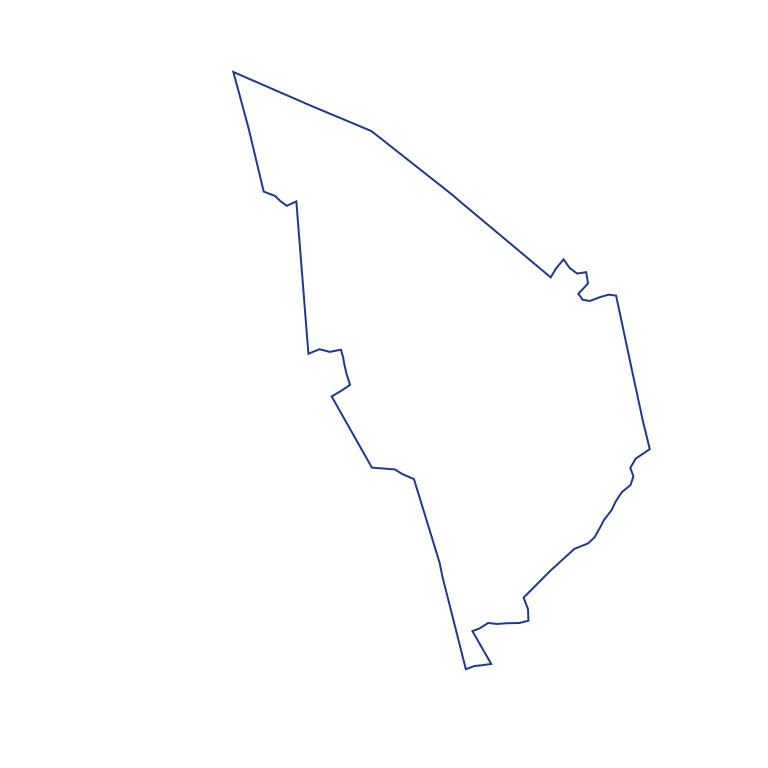 the district of Boquim, Sergipe, Brazil, rotated 295°
{"feature_id": "56859067B73188427981672", "entity_name": "Boquim", "entity_type": "district", "adm_level": 2, "iso_a3": "BRA", "parent_name": "Brazil", "parent_adm1": "Sergipe", "projection": "mercator", "projection_center": [-37.611, -11.099], "detail": "fine", "context": "isolated", "style": "outline", "palette": "blue", "viewbox_px": 768, "rotation_deg": 295, "n_neighbors": 0, "source": "geoboundaries", "source_scale": "gbopen_adm2", "svg_char_len": 1042}
<svg xmlns="http://www.w3.org/2000/svg" viewBox="0 0 768 768"><g transform="rotate(295 384 384)"><path d="M562.2,557.0L559.9,549.8L553.4,542.4L546.3,535.6L544.3,528.4L547.9,522.0L561.4,526.4L570.8,519.9L565.7,512.3L567.6,503.3L572.8,494.1L562.0,491.2L551.1,490.0L581.4,376.2L584.2,366.5L607.9,265.7L605.3,200.1L603.1,115.6L558.9,152.9L507.5,193.7L508.4,205.8L506.0,212.7L504.4,220.5L512.4,227.4L379.5,302.7L388.3,310.9L390.2,321.3L396.9,330.5L390.9,335.7L384.8,339.9L377.2,345.9L368.9,353.6L359.4,347.9L350.6,341.8L303.1,408.4L311.2,430.0L310.1,438.5L310.4,451.4L245.2,510.2L234.8,517.8L187.0,556.8L160.1,578.7L166.6,585.1L170.4,591.5L175.6,599.5L197.4,568.6L202.9,573.9L211.5,579.4L214.3,587.9L218.8,595.9L224.6,607.7L230.5,614.9L240.8,609.7L249.4,600.8L285.4,613.8L315.0,626.2L320.2,631.1L325.8,636.3L334.1,639.6L344.0,640.4L353.4,640.8L366.1,643.6L375.2,643.6L386.3,645.2L396.6,650.1L405.7,649.1L412.0,642.7L422.7,643.6L437.3,652.4L461.0,633.4L483.8,616.2L489.5,611.8L562.2,557.0Z" fill="none" stroke="#1e3a8a" stroke-width="2"/></g></svg>